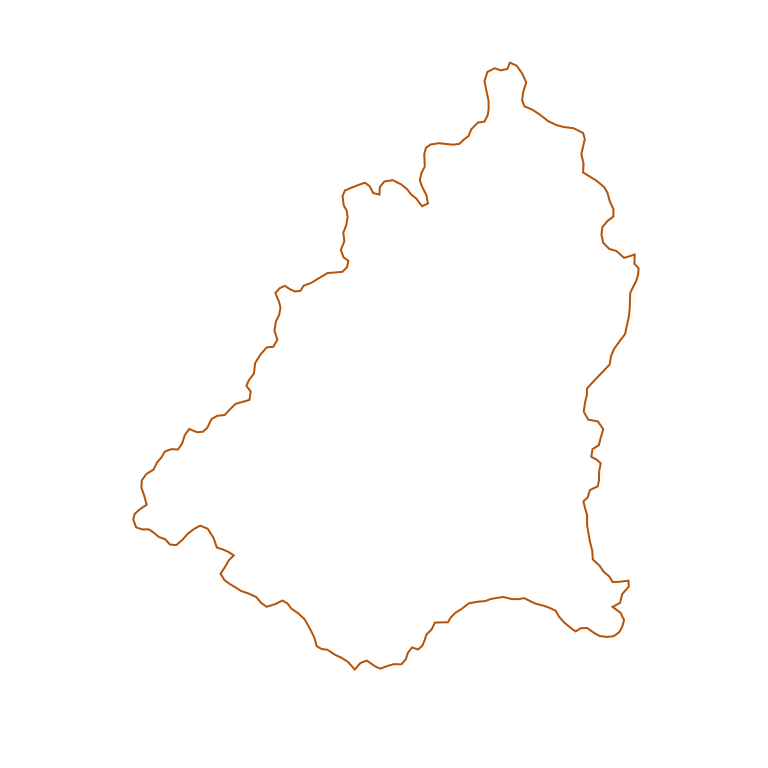 outline of São Sebastião do Maranhão, Minas Gerais, Brazil, rotated 349°
{"feature_id": "56859067B30691508843220", "entity_name": "São Sebastião do Maranhão", "entity_type": "district", "adm_level": 2, "iso_a3": "BRA", "parent_name": "Brazil", "parent_adm1": "Minas Gerais", "projection": "orthographic", "projection_center": [-42.542, -18.046], "detail": "fine", "context": "isolated", "style": "outline", "palette": "amber", "viewbox_px": 768, "rotation_deg": 349, "n_neighbors": 0, "source": "geoboundaries", "source_scale": "gbopen_adm2", "svg_char_len": 3640}
<svg xmlns="http://www.w3.org/2000/svg" viewBox="0 0 768 768"><g transform="rotate(349 384 384)"><path d="M526.0,145.3L518.2,150.7L514.3,156.7L508.7,159.5L503.9,162.6L497.6,162.3L490.9,160.3L483.8,158.1L475.3,157.8L470.3,160.1L467.4,166.0L466.4,172.6L465.5,178.4L461.0,184.0L458.0,191.1L459.2,198.1L461.6,206.6L461.6,215.2L455.2,216.7L451.1,208.2L446.6,202.9L444.1,197.5L439.1,191.5L431.6,185.6L422.9,185.3L417.5,189.9L415.7,197.2L409.8,194.5L407.7,187.1L403.7,182.8L397.2,183.7L388.5,185.3L382.7,186.5L379.2,191.5L378.5,201.0L380.4,206.4L380.1,213.4L377.1,221.2L372.9,227.7L372.3,236.3L367.2,244.2L368.5,252.0L372.5,256.2L370.2,262.1L364.7,265.9L358.2,265.3L349.8,264.3L340.8,267.5L331.8,270.9L323.8,272.2L319.8,276.6L314.2,276.2L309.6,272.9L305.4,268.7L299.8,270.1L294.7,274.0L296.6,282.9L297.0,289.2L294.3,296.1L289.9,301.9L286.6,310.7L287.8,320.2L282.4,326.4L275.9,325.7L268.3,331.5L261.4,339.0L258.4,348.8L251.9,354.7L248.6,359.5L251.7,366.1L248.9,373.9L234.5,375.2L227.6,379.7L221.7,384.0L214.2,383.4L207.9,385.6L202.2,393.2L197.2,396.3L191.4,395.7L184.2,391.0L178.6,396.3L174.7,403.6L169.3,409.0L163.0,407.4L156.1,408.4L151.3,413.8L146.4,417.6L141.4,424.1L133.6,427.0L127.9,432.3L126.1,439.3L127.3,447.8L128.0,457.2L120.4,460.4L114.5,463.9L112.0,469.2L113.3,477.4L118.9,480.6L125.4,481.8L129.8,486.2L133.8,491.2L139.7,494.7L143.2,500.7L149.3,502.5L156.4,498.5L163.0,493.4L170.3,489.9L176.5,488.0L183.3,492.4L187.3,502.5L188.7,512.6L193.9,515.5L199.0,518.9L203.8,523.6L198.1,527.4L193.3,533.0L187.3,539.1L190.0,546.1L194.2,550.7L199.0,554.9L204.2,559.9L210.7,563.6L217.8,568.6L221.8,575.6L226.3,580.3L235.2,579.3L243.0,577.2L247.4,581.0L250.1,586.7L256.2,592.9L261.2,599.8L263.1,605.5L265.2,612.1L267.3,619.9L267.9,628.5L272.1,632.2L277.8,634.1L284.3,640.5L290.4,644.9L295.8,650.2L300.8,658.7L307.6,653.4L314.3,652.2L321.2,659.3L326.0,662.7L333.1,661.5L340.3,660.9L347.5,662.5L352.9,658.4L356.2,652.4L361.3,648.0L366.9,651.1L371.7,648.2L375.0,643.3L377.7,638.2L383.8,634.1L388.5,627.9L395.5,629.1L401.3,630.1L405.0,625.9L410.4,622.2L417.3,619.6L425.5,615.5L434.6,615.6L442.1,616.4L447.5,615.5L453.8,615.5L460.4,615.8L468.7,619.6L475.2,620.9L480.7,620.9L486.4,625.3L491.2,628.7L498.0,631.9L503.4,635.1L509.2,639.2L511.3,645.5L515.3,652.4L521.0,659.4L525.0,663.5L530.4,661.3L536.7,662.2L542.8,668.5L547.7,672.6L554.6,674.8L561.5,675.4L567.8,672.3L571.9,667.2L574.6,661.5L572.5,653.7L565.9,646.4L574.0,643.8L577.7,635.7L585.7,629.5L586.4,623.7L577.6,623.1L570.7,622.1L568.6,616.2L563.6,609.8L560.8,603.3L555.5,596.1L556.6,587.5L556.1,579.0L556.2,570.8L556.4,561.4L558.3,551.3L557.6,543.8L557.4,537.2L562.5,534.0L565.8,527.4L574.4,525.2L576.5,519.8L578.6,510.7L581.6,503.2L578.3,498.8L573.6,495.0L576.3,487.7L583.2,485.1L586.1,478.9L590.6,470.3L586.8,461.5L577.7,458.0L574.8,449.3L577.8,440.5L581.1,433.5L582.3,427.2L587.0,423.7L593.0,419.4L601.2,413.6L609.2,408.0L612.1,400.1L616.5,393.5L623.4,387.0L630.1,381.0L634.1,371.8L637.6,363.5L639.7,356.3L641.3,349.1L643.1,341.6L647.3,335.9L650.9,331.5L654.2,325.5L656.0,318.9L652.7,313.8L654.8,304.8L643.7,306.0L637.6,297.8L630.8,294.3L626.1,287.1L626.0,278.8L628.2,271.8L634.2,266.8L641.1,263.4L642.6,256.1L640.5,247.7L639.8,238.8L637.7,232.8L631.5,225.1L625.2,219.3L619.8,214.3L621.9,205.8L621.6,196.0L625.2,187.8L627.9,181.9L627.3,175.6L618.7,169.0L609.3,166.0L602.5,162.6L595.2,157.2L591.0,152.3L587.2,148.1L581.7,142.8L574.9,138.3L573.7,131.8L576.4,123.8L581.2,115.0L578.8,105.3L574.9,96.8L569.0,92.6L565.2,98.3L558.5,98.4L553.0,95.2L545.1,97.4L540.4,105.9L540.5,116.1L540.7,125.7L539.2,134.0L537.1,139.9L532.6,145.6L526.0,145.3Z" fill="none" stroke="#b45309" stroke-width="2"/></g></svg>